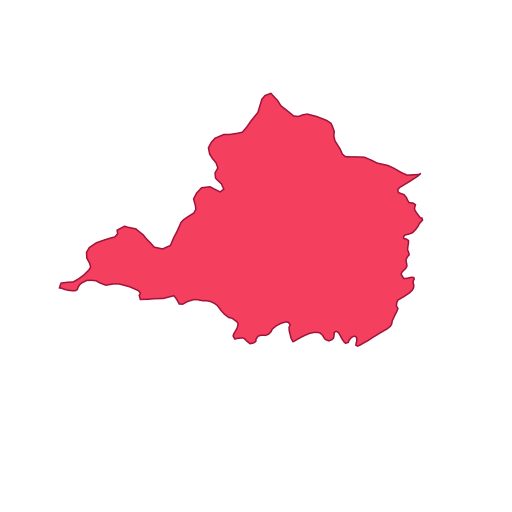 Naroulia, Gomel, Belarus, rotated 148°
{"feature_id": "67162791B29889808776469", "entity_name": "Naroulia", "entity_type": "district", "adm_level": 2, "iso_a3": "BLR", "parent_name": "Belarus", "parent_adm1": "Gomel", "projection": "robinson", "projection_center": [29.526, 51.623], "detail": "fine", "context": "isolated", "style": "filled", "palette": "rose", "viewbox_px": 512, "rotation_deg": 148, "n_neighbors": 0, "source": "geoboundaries", "source_scale": "gbopen_adm2", "svg_char_len": 3590}
<svg xmlns="http://www.w3.org/2000/svg" viewBox="0 0 512 512"><g transform="rotate(148 256 256)"><path d="M270.0,163.7L268.5,163.5L264.0,163.4L260.7,163.2L256.7,162.8L251.6,162.0L246.9,160.3L244.3,158.5L242.6,157.0L241.5,153.5L241.7,150.8L241.4,148.4L239.2,145.4L236.0,144.8L233.7,145.3L231.8,147.4L230.2,149.7L228.2,149.7L227.1,148.6L226.6,145.8L227.0,140.5L226.9,136.9L226.4,134.6L223.5,133.8L221.7,135.2L218.3,136.4L215.2,136.0L214.0,134.7L214.2,132.8L215.6,130.6L217.3,128.9L218.6,127.4L217.5,125.7L215.0,125.3L211.1,125.2L205.6,124.9L200.9,125.1L193.0,125.0L188.1,124.9L183.2,124.7L179.3,125.2L177.0,126.4L174.7,128.9L171.9,130.7L169.4,132.3L166.1,134.3L163.5,136.2L163.4,136.3L163.4,139.2L161.2,142.0L159.1,143.4L151.6,143.2L145.3,143.4L141.6,144.2L139.1,145.6L137.6,147.7L136.9,150.1L135.4,151.9L134.2,152.4L133.6,154.1L135.4,155.6L139.4,156.9L142.6,158.6L142.6,161.8L142.6,163.6L140.9,164.9L138.3,165.6L136.1,166.0L133.5,167.3L132.5,169.2L131.3,172.3L130.8,173.3L128.2,175.0L125.5,175.8L124.8,177.5L124.1,181.1L122.2,183.5L119.5,186.6L118.5,188.3L119.7,191.0L121.4,192.4L120.8,194.0L118.6,194.9L114.9,193.6L110.9,192.8L106.7,193.8L102.7,195.4L100.3,196.9L95.7,198.2L95.2,200.3L96.4,201.3L96.7,204.5L97.0,208.3L96.9,211.5L95.3,213.5L93.6,214.9L94.6,217.5L97.9,220.2L97.9,222.8L97.5,225.6L97.9,229.5L99.7,231.9L101.6,234.3L100.8,237.0L98.0,238.0L92.4,237.9L86.2,237.8L76.6,238.0L72.4,238.7L74.9,238.9L79.9,241.7L84.9,244.4L88.4,249.5L92.6,257.4L96.1,262.8L104.1,270.7L106.8,275.2L111.8,282.4L119.5,287.6L123.8,290.3L127.6,293.0L128.8,296.7L128.0,301.8L128.0,306.0L128.0,311.8L126.4,316.6L123.7,320.0L122.5,325.4L122.1,328.8L124.1,333.3L130.6,342.1L137.2,349.1L141.4,350.9L146.0,351.8L149.9,354.8L151.4,359.4L153.0,363.9L155.3,370.3L155.3,376.4L156.4,381.8L157.2,386.1L163.3,387.3L168.0,385.8L171.5,382.7L178.4,376.7L188.4,373.3L195.4,370.3L201.9,368.2L207.0,370.0L213.9,373.0L218.9,376.1L228.2,377.6L233.6,376.1L239.0,373.0L241.3,367.0L241.3,361.8L240.5,356.3L241.7,350.9L246.7,348.2L249.0,343.6L248.6,341.2L247.1,335.4L247.9,329.7L252.5,329.4L256.0,335.1L258.3,339.1L266.0,342.7L272.9,340.9L278.7,337.5L280.6,331.2L282.2,327.5L286.0,325.4L293.0,325.4L298.4,325.1L301.8,324.2L305.3,321.8L310.3,318.5L316.1,315.1L323.0,310.3L331.5,311.5L337.7,317.5L338.5,322.7L340.0,329.4L340.4,333.6L342.7,340.0L343.5,342.7L349.7,348.5L351.6,350.9L360.1,351.5L361.6,348.2L365.5,346.9L369.4,348.2L376.3,350.0L384.4,351.8L392.9,351.5L397.9,348.8L400.6,343.9L401.0,337.8L402.1,334.2L405.2,332.7L411.8,331.2L418.7,330.6L424.9,330.9L430.3,333.9L435.7,336.3L438.0,334.5L439.6,333.1L437.9,331.6L436.2,329.3L433.5,326.5L429.7,323.5L427.2,322.2L425.2,322.3L423.6,323.7L420.7,325.1L417.8,325.5L412.3,324.9L408.0,322.3L404.7,319.7L403.1,316.6L401.4,314.2L398.8,310.8L395.2,309.3L391.8,307.9L387.1,305.0L384.7,302.5L379.5,296.9L376.4,292.4L374.1,288.9L373.6,285.9L375.9,284.5L377.1,280.4L374.0,278.6L370.5,276.5L365.1,273.8L360.4,271.0L356.9,269.0L351.2,267.3L346.7,265.8L346.3,262.9L346.3,259.9L346.5,255.9L343.7,254.0L338.3,253.7L331.9,252.0L328.6,249.8L324.9,246.3L321.1,243.9L318.3,241.0L316.2,237.5L315.0,234.5L314.5,228.3L313.6,223.3L311.7,218.3L309.3,215.9L307.0,210.2L307.0,208.0L310.2,204.9L313.3,203.2L316.1,201.8L317.8,200.3L318.0,196.8L315.2,195.9L311.2,193.9L309.8,192.6L309.1,189.4L307.6,184.8L304.4,183.6L301.5,183.6L300.1,185.4L296.8,186.9L293.6,186.1L290.0,183.7L287.0,183.0L283.2,183.9L280.9,185.4L275.5,186.1L270.1,185.6L265.6,184.3L263.7,182.5L263.5,179.5L265.8,178.0L267.5,174.9L268.7,171.1L269.8,167.8L270.1,163.9L270.0,163.7Z" fill="#f43f5e" stroke="#9f1239" stroke-width="1.5"/></g></svg>